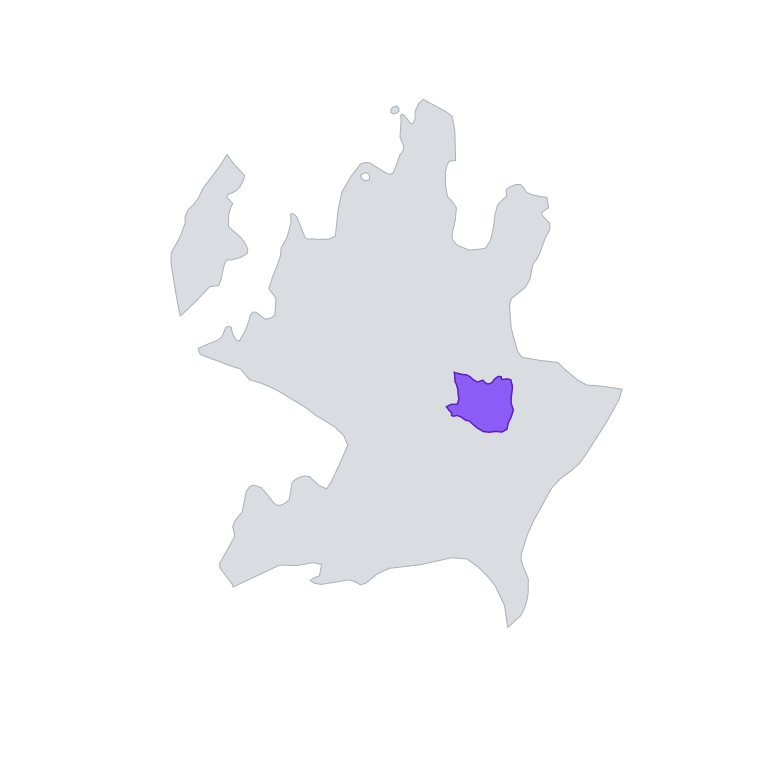 İsmayıllı highlighted on a map of Azerbaijan, rotated 67°
{"feature_id": "AZE-1705", "entity_name": "İsmayıllı", "entity_type": "District", "adm_level": 1, "iso_a3": "AZE", "parent_name": "Azerbaijan", "parent_adm1": "", "projection": "equal_earth", "projection_center": [48.077, 40.788], "detail": "fine", "context": "in_parent", "style": "filled", "palette": "violet", "viewbox_px": 768, "rotation_deg": 67, "n_neighbors": 0, "source": "natural_earth", "source_scale": "10m", "svg_char_len": 4159}
<svg xmlns="http://www.w3.org/2000/svg" viewBox="0 0 768 768"><g transform="rotate(67 384 384)"><path d="M511.9,602.2L509.1,602.0L489.0,606.9L484.8,605.3L467.5,582.7L464.0,580.2L456.5,579.2L452.2,575.4L448.7,569.4L446.6,564.8L428.8,552.6L426.2,548.1L425.9,544.2L428.5,540.6L431.5,537.6L440.1,534.6L450.3,532.0L453.5,530.1L455.2,526.8L455.1,521.6L453.4,516.5L438.9,507.1L437.3,503.1L436.8,498.2L437.6,493.1L439.9,489.0L451.7,483.6L458.1,477.9L454.1,471.6L441.3,457.2L426.2,441.3L416.1,441.2L404.5,445.9L385.8,459.4L375.5,465.1L362.0,474.7L347.3,485.4L335.2,496.7L327.7,506.0L314.3,510.1L307.5,518.0L285.0,541.6L278.7,541.3L278.4,529.6L278.8,520.3L277.4,515.0L270.2,507.6L270.1,504.5L272.1,502.5L277.7,503.7L284.8,503.3L288.2,500.4L280.6,490.8L273.9,484.4L268.2,480.0L266.9,477.4L266.9,475.6L268.2,473.4L278.0,468.1L279.0,463.3L278.4,457.8L262.9,449.9L251.2,452.8L240.8,443.8L234.2,436.9L225.9,429.5L218.4,425.4L211.4,416.1L199.0,406.5L191.1,403.7L191.2,402.3L192.7,400.5L196.0,399.0L218.2,399.4L220.9,397.7L222.3,393.6L225.4,387.5L229.1,378.5L228.9,371.0L206.7,358.8L190.7,347.7L179.8,333.0L172.3,319.5L172.7,315.0L174.9,310.7L192.3,298.4L193.5,295.2L193.1,293.0L187.1,286.7L179.4,280.1L177.1,275.4L172.3,272.9L163.0,272.8L147.0,264.8L143.5,264.0L142.8,262.4L143.6,260.8L155.2,257.5L155.1,254.9L151.6,251.4L145.1,248.8L139.3,242.4L137.3,236.7L158.3,220.0L164.5,216.7L178.1,219.7L206.3,230.8L204.3,237.0L207.1,240.4L213.6,245.1L226.0,249.9L236.5,252.4L241.9,250.3L250.0,248.5L260.5,254.0L270.2,261.0L275.0,263.8L277.6,264.7L285.0,262.3L294.0,253.3L297.5,242.5L298.6,237.2L293.4,230.0L282.9,222.2L271.0,215.4L263.4,209.3L258.6,197.4L253.7,196.1L252.4,194.6L251.7,190.5L251.9,184.8L253.7,180.5L258.5,178.6L263.4,177.9L267.8,173.7L273.4,165.6L275.8,161.1L286.1,163.6L287.4,171.0L289.3,172.5L293.6,171.6L300.7,168.6L306.4,170.9L313.7,179.6L323.8,188.8L329.2,195.0L331.3,199.3L336.5,203.4L344.1,208.3L350.1,215.9L355.4,233.7L360.8,237.8L380.4,244.5L387.3,245.9L406.5,248.3L413.3,246.6L423.2,231.3L432.1,215.5L440.4,212.2L455.4,204.6L464.4,197.5L468.2,189.7L476.6,175.1L481.8,166.9L490.6,174.2L506.0,194.0L528.1,226.2L533.5,235.4L537.1,246.0L540.2,258.8L545.2,270.2L567.7,298.9L577.4,309.6L593.2,323.3L598.8,326.4L606.2,327.2L619.7,327.3L632.2,332.7L638.4,336.5L644.8,341.9L650.5,348.3L656.5,365.2L634.8,359.6L613.0,360.5L600.7,364.1L588.8,369.1L577.4,376.1L570.3,389.7L564.5,421.4L555.8,451.0L556.2,464.8L560.2,478.0L559.7,484.3L555.7,486.9L550.7,492.5L544.0,519.9L540.7,525.3L536.3,528.7L535.1,525.5L535.3,518.3L525.7,512.0L520.7,519.1L517.3,534.2L510.3,550.0L510.0,553.1L511.9,602.2ZM189.4,322.3L190.4,318.1L187.7,316.2L184.8,316.1L182.3,318.2L182.2,323.5L185.7,324.4L189.4,322.3ZM116.2,445.6L113.0,441.2L111.5,438.8L121.2,436.8L137.3,430.9L141.6,433.8L146.3,439.7L148.5,444.8L148.8,454.3L150.7,455.9L158.6,452.7L162.0,456.5L168.0,461.1L178.3,465.6L193.4,458.5L200.9,456.7L207.1,456.8L210.4,459.1L211.5,466.4L210.2,475.6L208.4,480.5L211.5,484.2L223.8,492.9L228.8,497.8L226.3,506.3L235.3,527.0L238.3,535.1L241.8,545.0L223.0,541.1L189.1,532.8L179.8,528.4L171.1,516.9L165.9,511.3L158.2,504.2L151.9,501.5L147.1,496.5L144.4,489.1L140.5,482.5L133.6,474.7L118.2,448.4L116.2,445.6ZM138.9,270.1L136.8,271.6L133.6,270.1L132.7,266.9L133.0,263.5L136.2,262.7L138.8,263.7L139.5,266.7L138.9,270.1Z" fill="#d9dde1" stroke="#a8b0b8" stroke-width="1"/><path d="M437.2,333.0L433.3,334.5L429.3,335.4L428.9,330.3L431.3,324.5L427.2,321.0L422.1,319.6L417.1,318.0L412.3,317.5L409.8,317.7L407.4,316.9L404.1,315.7L400.7,314.8L403.3,311.6L405.8,308.2L407.8,304.5L410.6,302.1L415.0,300.1L418.8,297.1L418.9,294.2L419.2,291.4L420.5,290.9L421.9,290.7L424.7,288.3L425.1,284.4L422.7,280.4L421.7,276.2L422.2,274.7L423.1,273.3L424.5,273.5L425.8,273.8L426.6,271.8L427.1,269.5L428.2,267.3L429.7,265.6L432.5,266.2L435.4,266.4L438.2,267.6L440.9,269.1L446.0,272.1L451.3,274.5L458.6,275.1L464.3,280.1L468.6,285.0L473.7,288.6L474.3,294.2L471.3,299.7L469.5,306.0L466.5,311.2L460.7,315.5L454.4,318.6L452.8,319.3L451.2,320.1L450.4,321.2L449.9,322.5L447.6,324.1L445.1,325.5L443.2,327.1L441.5,329.1L441.1,331.0L440.8,332.8L439.0,334.2L437.2,333.0Z" fill="#8b5cf6" stroke="#5b21b6" stroke-width="1.5"/></g></svg>